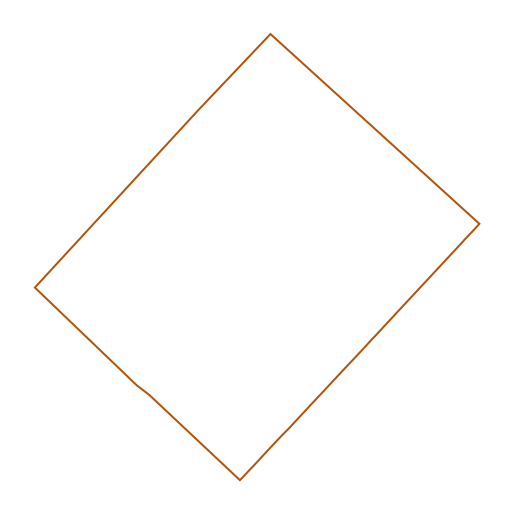 Red Willow, Nebraska, United States of America (Albers equal-area conic projection), rotated 313°
{"feature_id": "52423323B41547388683748", "entity_name": "Red Willow", "entity_type": "district", "adm_level": 2, "iso_a3": "USA", "parent_name": "United States of America", "parent_adm1": "Nebraska", "projection": "albers", "projection_center": [-100.534, 40.177], "detail": "fine", "context": "isolated", "style": "outline", "palette": "amber", "viewbox_px": 512, "rotation_deg": 313, "n_neighbors": 0, "source": "geoboundaries", "source_scale": "gbopen_adm2", "svg_char_len": 541}
<svg xmlns="http://www.w3.org/2000/svg" viewBox="0 0 512 512"><g transform="rotate(313 256 256)"><path d="M81.1,397.1L85.2,397.2L93.5,397.2L97.0,397.2L99.1,397.3L104.5,397.3L127.9,397.2L142.3,397.3L151.5,397.6L179.1,397.6L182.9,397.5L200.0,397.6L209.5,397.6L234.9,397.6L249.7,397.7L256.0,397.7L256.7,397.7L261.1,397.7L274.6,397.6L279.5,397.7L309.9,397.6L408.3,397.5L409.6,397.4L418.3,397.5L429.8,397.5L431.9,397.4L428.2,115.2L323.8,114.3L82.1,115.8L80.1,257.2L81.6,272.3L81.1,397.1Z" fill="none" stroke="#b45309" stroke-width="2"/></g></svg>